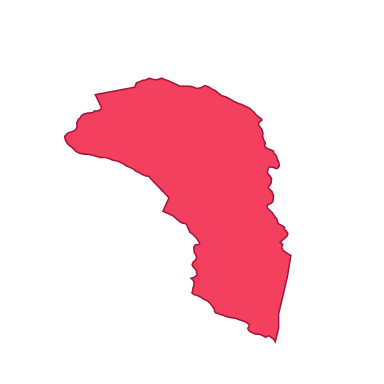 San Isidro, Heredia, Costa Rica, rotated 295°
{"feature_id": "36466004B23001731443143", "entity_name": "San Isidro", "entity_type": "district", "adm_level": 2, "iso_a3": "CRI", "parent_name": "Costa Rica", "parent_adm1": "Heredia", "projection": "equal_earth", "projection_center": [-84.042, 10.03], "detail": "fine", "context": "isolated", "style": "filled", "palette": "rose", "viewbox_px": 384, "rotation_deg": 295, "n_neighbors": 0, "source": "geoboundaries", "source_scale": "gbopen_adm2", "svg_char_len": 5952}
<svg xmlns="http://www.w3.org/2000/svg" viewBox="0 0 384 384"><g transform="rotate(295 192 192)"><path d="M239.4,63.2L230.4,74.1L229.1,74.6L227.5,73.8L227.3,73.5L225.8,72.5L225.0,71.1L224.8,70.4L224.3,69.4L223.3,68.8L222.4,68.8L221.9,68.5L221.5,67.6L220.9,66.8L220.9,66.4L220.0,65.4L220.0,65.1L219.2,63.7L218.9,63.5L217.1,61.2L215.6,60.2L215.1,60.0L214.7,59.6L214.2,59.6L213.7,59.4L212.0,59.4L210.0,58.3L206.1,58.3L205.0,59.0L204.7,59.1L204.2,59.4L204.1,59.7L203.5,59.8L203.2,60.2L202.0,60.2L201.5,60.4L199.8,60.4L197.2,59.0L196.0,57.7L194.9,56.6L194.7,56.3L194.2,55.9L193.5,55.0L192.3,54.3L189.3,53.2L188.4,53.2L188.1,53.6L187.8,53.6L186.6,54.7L186.3,54.7L185.9,55.2L185.6,55.3L185.3,55.8L185.1,56.0L184.0,57.2L183.7,58.1L183.3,58.5L182.7,60.1L182.6,60.8L182.3,61.4L182.3,61.8L182.1,62.3L182.0,63.0L181.8,64.0L181.8,64.4L181.5,64.7L181.1,66.3L179.9,69.2L179.9,69.9L179.7,70.4L179.5,73.4L179.8,75.2L180.4,76.8L180.6,78.2L181.2,79.5L181.6,80.0L181.7,80.7L182.1,81.2L182.1,81.6L182.8,83.6L182.8,84.4L183.0,84.9L183.3,86.3L183.6,88.7L183.6,89.4L184.1,91.6L184.6,94.3L185.0,95.6L185.5,96.5L186.7,99.1L187.1,101.6L187.2,103.1L187.3,103.3L187.3,106.3L187.7,107.6L187.7,108.4L188.3,109.9L188.3,110.7L188.4,110.9L188.6,111.9L188.6,118.3L188.3,119.7L188.0,120.2L188.0,120.9L187.9,121.1L187.9,123.4L188.0,124.1L188.0,125.2L188.1,125.5L188.1,129.6L188.1,129.9L187.7,130.4L187.7,130.8L187.3,131.5L187.2,132.1L187.2,136.3L186.9,138.8L187.0,143.6L187.7,145.1L187.9,145.2L187.9,146.4L186.2,149.7L186.2,150.1L177.0,173.6L162.2,173.8L162.4,179.5L162.4,184.5L162.2,185.6L160.8,190.3L160.7,191.2L160.3,192.7L160.0,192.9L159.8,194.0L159.8,196.9L160.1,198.0L160.4,198.7L160.5,199.3L160.5,200.3L160.2,201.0L159.8,201.3L158.7,202.5L158.4,202.7L158.2,203.1L157.4,204.0L157.3,204.3L155.7,205.8L155.4,206.4L155.2,206.4L155.2,206.6L154.8,206.9L154.3,208.3L154.2,210.3L153.9,211.1L153.7,211.4L153.1,212.6L152.7,214.1L152.1,215.4L152.1,215.6L150.1,218.7L149.7,219.6L148.9,220.6L148.3,220.7L147.2,220.3L146.7,219.4L146.2,218.1L144.7,217.0L142.4,217.0L140.0,218.6L139.1,218.9L138.2,219.6L136.9,221.6L134.6,223.9L133.3,223.9L132.9,224.2L132.2,224.1L131.6,223.7L130.4,223.4L129.1,222.7L126.7,222.7L125.6,223.2L125.2,223.9L124.9,224.2L124.1,225.8L123.4,228.0L123.0,228.7L121.9,229.6L121.7,229.6L121.3,229.9L120.9,229.9L120.3,230.7L119.3,231.7L118.4,231.7L117.5,230.9L115.1,229.6L113.4,227.5L112.1,231.2L111.7,231.6L111.4,231.8L111.0,232.1L109.2,232.8L106.8,233.4L105.7,233.4L105.0,233.7L104.3,233.7L104.0,233.9L102.4,234.4L100.6,234.5L100.3,235.3L100.2,236.2L99.9,237.0L99.9,237.7L100.2,238.3L100.4,240.1L100.4,244.2L100.3,245.1L100.1,246.2L99.8,248.7L99.9,252.2L99.8,252.5L99.6,252.6L99.3,253.9L98.7,255.4L97.7,257.5L97.4,258.0L97.0,258.5L96.4,259.8L96.1,260.2L96.1,260.5L95.3,261.6L93.4,262.9L92.5,264.0L93.9,277.7L96.1,285.9L96.1,288.5L96.5,290.6L96.5,291.4L96.6,292.0L96.7,294.2L96.8,294.5L96.8,296.8L96.6,297.1L96.6,297.5L96.5,298.0L96.3,298.2L96.3,298.6L95.5,300.2L95.0,300.4L93.3,300.4L93.1,300.2L92.2,300.2L91.5,300.6L90.6,302.0L90.0,303.5L89.8,308.0L90.1,309.0L90.1,309.4L90.5,310.7L90.8,311.1L91.0,312.2L91.2,312.4L91.7,314.3L91.7,318.4L91.6,318.8L91.4,319.4L91.4,319.8L91.6,320.3L93.0,321.3L93.4,321.8L93.7,321.8L94.0,322.2L94.2,322.8L94.2,323.5L93.5,325.9L93.2,327.6L92.4,329.5L92.2,329.7L91.4,330.8L105.4,328.0L118.2,322.0L155.4,314.3L176.4,308.4L176.4,305.8L176.8,303.8L176.9,302.4L177.2,301.7L177.3,300.5L177.5,299.6L178.7,297.9L179.2,297.0L179.9,296.7L182.9,296.4L183.3,295.0L183.4,293.1L192.0,296.7L194.1,296.6L195.1,296.3L195.3,295.7L196.6,293.7L197.0,291.6L198.7,291.1L198.9,291.0L199.2,290.3L199.4,289.9L199.7,286.6L199.7,285.0L199.9,283.2L203.4,280.4L204.3,278.5L206.0,275.1L206.8,274.1L207.4,273.0L207.5,272.3L208.7,269.0L209.0,267.7L209.4,267.2L210.1,266.4L211.2,266.0L211.9,266.0L212.0,266.2L213.2,266.7L213.9,267.5L215.7,268.7L217.2,269.3L218.0,269.2L218.8,268.9L219.2,268.9L220.3,268.3L222.5,267.9L224.1,266.7L224.4,266.2L224.4,265.8L225.0,265.4L225.3,265.1L226.0,264.5L226.6,263.5L226.7,262.8L227.1,261.5L227.8,260.1L227.9,259.7L228.4,259.2L229.5,259.2L231.3,259.7L233.3,259.9L234.7,259.6L235.5,259.2L237.5,258.7L239.5,255.9L240.3,253.7L241.0,252.5L242.4,251.8L243.1,251.7L244.9,251.2L246.9,251.2L247.4,251.7L247.9,252.8L248.4,254.3L248.6,255.4L248.7,257.8L248.8,258.7L249.1,259.1L249.7,259.5L251.2,260.0L252.6,260.0L254.3,259.1L255.5,258.1L255.9,257.4L256.1,257.4L256.5,257.0L257.1,256.0L257.3,256.0L258.8,254.5L259.7,253.9L260.8,252.2L261.7,250.0L262.4,249.2L263.2,248.9L263.4,248.7L263.6,248.2L263.6,246.0L263.5,245.9L263.3,244.0L263.3,242.1L263.7,239.6L264.2,238.5L265.0,238.0L266.6,238.1L267.2,237.9L267.7,237.5L268.3,236.8L269.9,234.5L271.6,233.0L272.5,232.4L275.1,231.5L275.2,231.3L276.0,230.8L277.5,229.6L278.2,228.9L278.8,228.0L279.8,226.0L279.8,225.8L280.8,224.2L281.1,223.8L281.5,223.7L281.9,223.3L283.3,223.3L286.6,225.0L287.5,224.4L287.5,223.6L288.0,221.5L288.3,220.7L288.6,218.9L289.1,217.4L289.7,216.4L290.0,215.7L290.0,215.4L290.3,215.0L290.4,214.4L290.5,214.3L290.5,213.9L290.9,213.1L291.6,210.5L292.2,209.0L292.3,208.4L292.3,199.2L291.9,197.7L291.8,195.6L291.9,195.1L291.9,190.6L292.3,188.1L292.4,187.7L292.4,182.0L292.2,179.9L291.9,178.8L291.9,177.6L292.0,177.0L292.1,176.9L292.6,175.1L292.6,174.6L293.5,171.2L293.7,170.8L293.8,169.9L293.7,167.1L294.0,164.7L294.2,164.1L294.2,161.2L294.0,159.3L293.6,158.4L293.0,157.9L291.5,157.2L291.2,156.8L290.4,156.2L289.6,155.2L288.3,153.1L287.9,152.6L287.7,152.1L287.7,149.9L287.3,146.4L286.2,143.7L285.9,143.1L285.4,141.8L284.2,139.3L284.0,138.6L283.5,137.8L282.8,136.3L282.8,134.4L282.9,134.1L282.9,125.1L282.8,124.8L282.8,123.3L282.6,123.0L282.6,121.1L282.5,120.8L282.5,120.1L282.4,119.7L282.4,116.7L282.2,116.2L279.2,113.1L278.5,112.0L277.7,109.7L277.4,107.9L277.4,107.1L277.0,105.8L277.0,105.4L276.6,105.0L276.4,104.5L275.7,104.1L273.9,102.6L272.7,100.8L272.7,100.4L272.1,99.7L270.9,98.9L268.3,96.4L267.5,95.5L262.7,95.7L239.4,63.2Z" fill="#f43f5e" stroke="#9f1239" stroke-width="1.5"/></g></svg>